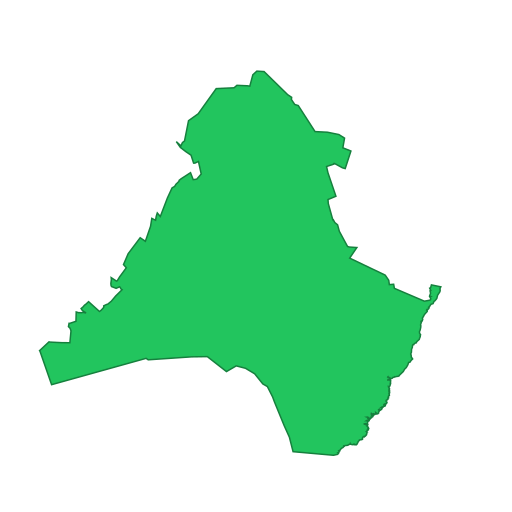 Arriaga, Chiapas, Mexico, rotated 284°
{"feature_id": "50627088B65202645179540", "entity_name": "Arriaga", "entity_type": "district", "adm_level": 2, "iso_a3": "MEX", "parent_name": "Mexico", "parent_adm1": "Chiapas", "projection": "natural_earth1", "projection_center": [-94.031, 16.255], "detail": "fine", "context": "isolated", "style": "filled", "palette": "green", "viewbox_px": 512, "rotation_deg": 284, "n_neighbors": 0, "source": "geoboundaries", "source_scale": "gbopen_adm2", "svg_char_len": 6104}
<svg xmlns="http://www.w3.org/2000/svg" viewBox="0 0 512 512"><g transform="rotate(284 256 256)"><path d="M391.0,283.2L412.2,260.6L412.4,256.9L416.4,252.5L418.6,252.2L420.2,247.7L436.9,219.2L435.6,212.1L431.1,209.1L419.3,208.9L419.1,206.6L417.0,196.2L413.9,194.0L408.8,176.9L380.0,165.5L371.0,157.8L350.3,158.8L348.3,157.2L344.7,156.5L347.7,151.0L343.0,156.4L340.3,162.6L338.1,168.6L331.0,173.0L331.3,174.2L333.8,177.3L322.3,183.0L316.2,179.9L314.9,176.6L321.0,172.3L313.0,164.8L310.8,163.1L309.8,163.2L306.3,161.0L303.8,160.2L301.8,158.1L290.9,156.0L271.2,153.6L273.9,149.8L270.4,149.6L266.4,149.9L267.3,145.8L259.3,146.5L243.5,145.1L245.7,139.2L227.3,131.4L215.6,129.5L213.2,133.0L202.7,128.7L198.5,127.4L197.9,126.7L200.0,120.7L197.9,121.4L194.3,121.8L192.5,122.4L191.4,123.2L190.8,128.1L193.1,131.1L192.7,131.8L191.3,133.0L190.9,134.2L183.2,129.5L177.2,126.6L173.4,123.8L172.8,122.7L170.8,120.3L169.8,120.7L168.7,120.4L165.8,118.8L164.3,117.5L171.2,104.6L168.1,102.6L166.8,101.5L164.6,100.4L162.7,99.0L161.2,100.6L159.6,104.9L159.4,101.7L158.6,100.1L158.5,98.9L158.1,97.7L158.2,95.1L149.1,97.1L145.6,91.6L145.5,90.9L142.1,91.1L140.9,93.1L138.6,94.6L126.8,96.4L124.9,88.4L122.7,77.3L122.6,75.9L111.8,68.9L111.4,69.4L81.7,88.8L130.1,174.1L129.2,176.5L142.6,218.0L146.6,233.1L136.7,255.3L144.6,263.4L144.5,273.0L141.4,283.2L133.5,293.6L132.1,298.6L123.3,306.2L118.9,309.2L98.2,324.4L88.3,332.2L75.1,339.3L81.4,379.4L83.3,383.2L84.9,383.9L85.1,383.4L85.3,383.9L86.4,383.8L87.0,384.3L87.3,383.7L87.6,384.3L90.0,385.4L91.2,386.7L92.1,387.2L92.4,387.1L92.6,387.5L93.0,387.3L93.1,387.8L93.5,388.1L94.6,391.0L95.3,391.3L96.0,392.7L96.8,392.8L96.3,393.2L96.2,394.7L96.4,395.9L96.9,396.3L96.8,397.0L97.2,396.9L96.9,398.4L97.1,399.0L97.4,399.0L97.5,399.3L98.0,399.6L98.8,399.6L99.5,400.0L100.6,400.0L102.2,401.0L102.6,400.9L103.4,403.1L104.0,403.7L104.3,403.7L104.5,403.3L106.0,403.4L106.6,404.1L106.5,404.7L107.1,405.1L107.3,404.9L107.6,405.6L109.1,406.4L109.2,406.2L110.4,406.5L111.8,406.2L112.0,406.4L112.1,406.1L112.4,406.0L112.4,405.6L113.2,406.1L113.6,406.1L113.9,405.7L113.8,405.3L114.0,406.2L113.8,406.4L114.5,407.1L115.1,407.0L115.1,406.7L115.7,406.9L115.7,406.3L116.0,406.1L116.3,406.6L116.4,406.4L116.8,406.4L118.1,405.0L118.5,405.1L118.3,404.8L119.0,404.9L119.0,404.4L119.5,404.1L119.4,403.6L118.9,403.3L119.0,402.8L119.2,403.2L119.6,403.4L119.3,402.8L119.5,402.3L119.2,402.0L119.4,401.8L119.7,402.4L119.5,402.9L119.9,403.2L119.6,403.9L119.6,404.9L120.5,404.8L120.9,404.5L122.1,404.6L122.5,404.3L122.7,403.7L123.1,403.5L123.0,403.1L123.3,403.4L123.3,404.0L123.1,404.2L122.8,404.2L122.8,404.8L123.5,405.6L124.7,405.6L125.2,406.0L125.4,405.8L125.3,405.5L124.7,404.9L125.0,404.9L125.2,403.8L126.3,404.0L126.5,402.6L126.7,403.1L126.5,403.7L126.6,404.3L125.7,404.9L125.9,405.5L125.8,406.2L126.6,406.8L127.0,406.7L126.9,406.9L127.1,407.3L128.2,407.8L128.7,407.2L128.8,407.5L129.1,407.4L129.3,407.0L130.4,406.9L130.5,406.0L131.1,406.0L130.3,407.2L129.6,407.0L129.6,407.6L129.0,408.3L129.9,408.5L130.7,409.3L130.8,408.5L131.2,407.7L131.5,408.3L131.3,408.9L131.1,408.7L130.9,408.9L131.1,409.8L131.4,409.9L131.6,409.4L131.7,410.4L132.0,410.5L132.3,410.8L132.6,410.7L132.4,410.2L133.0,410.0L132.5,410.9L132.0,410.8L131.8,411.1L132.4,412.4L132.9,412.6L133.4,413.0L133.8,412.8L134.5,412.8L136.0,413.4L136.0,412.9L136.4,412.9L136.3,412.4L136.6,412.1L137.1,412.5L136.6,412.4L136.6,412.7L137.1,412.9L136.8,413.2L136.2,413.1L136.1,413.6L137.3,414.7L138.0,414.6L138.7,415.2L139.5,415.3L139.5,415.0L139.3,415.0L139.6,414.8L139.5,414.3L140.2,414.9L139.9,415.5L140.1,415.9L140.9,416.3L141.6,417.5L142.2,417.7L142.9,417.5L143.4,417.1L143.2,416.4L142.5,416.1L143.4,415.8L143.1,416.0L143.5,416.8L143.9,417.1L143.9,417.3L143.5,417.5L143.6,417.8L145.3,418.6L145.9,418.4L146.1,417.6L146.8,417.2L147.8,417.4L147.9,417.9L148.6,418.5L148.8,418.2L148.9,417.7L149.0,418.5L150.0,418.5L150.2,418.8L150.4,418.7L150.5,417.7L150.6,418.9L151.0,418.8L151.1,418.5L152.0,418.4L152.8,419.1L153.1,418.8L153.4,419.0L154.0,418.8L154.5,418.3L155.0,418.7L156.0,418.7L156.4,418.5L156.3,417.9L156.7,417.8L157.1,417.7L156.7,418.1L157.2,418.3L157.9,418.1L158.1,417.8L159.7,417.6L160.4,416.6L160.9,416.9L161.4,416.7L161.6,416.3L161.9,417.2L163.2,417.4L163.7,417.3L164.6,417.5L164.8,417.1L165.8,417.2L166.4,416.8L167.4,417.0L168.0,416.5L167.9,415.7L168.1,415.5L167.8,415.1L168.0,414.7L167.6,414.0L168.1,413.9L168.4,414.9L168.4,415.6L168.6,416.2L168.9,416.3L168.9,416.1L169.7,415.4L170.2,414.4L170.3,413.1L170.5,413.1L170.8,413.3L170.5,413.5L170.4,414.4L170.0,415.8L169.7,416.0L169.6,416.6L170.3,417.7L171.2,418.1L171.7,419.3L172.4,419.6L172.4,420.3L173.3,421.9L173.5,422.8L174.5,424.0L175.0,424.0L179.6,426.9L182.0,427.5L184.1,428.8L187.3,429.7L189.6,429.8L189.8,430.4L190.4,431.2L192.1,431.7L194.0,432.9L194.7,432.3L195.0,431.4L197.6,430.4L198.3,429.8L200.2,430.1L203.2,429.5L205.1,429.8L207.4,429.5L207.9,429.7L208.1,430.5L208.8,430.6L210.3,431.8L210.4,432.3L210.6,432.6L211.6,432.6L214.6,434.6L215.6,434.6L217.5,434.9L218.8,434.5L219.3,434.8L219.6,434.6L220.6,433.4L222.1,432.9L224.0,433.2L226.6,433.1L228.3,432.8L228.5,432.5L229.4,432.3L231.7,432.5L232.1,432.0L232.6,431.9L232.9,432.2L232.9,432.8L233.4,433.0L234.8,433.1L235.9,432.5L236.6,432.6L237.6,433.1L239.0,433.3L240.8,434.0L243.5,435.5L244.3,435.5L244.7,434.6L245.5,434.8L245.9,435.8L246.9,436.4L247.5,436.4L247.5,436.0L248.0,435.8L249.0,436.7L249.9,436.8L251.6,437.6L252.6,439.3L255.0,439.7L255.9,440.5L258.5,441.7L261.9,441.7L265.5,443.0L266.8,443.1L269.0,442.4L270.8,442.8L270.4,433.2L267.5,433.1L266.8,432.3L264.8,434.0L264.3,433.3L262.1,434.4L259.2,434.1L259.0,435.5L258.6,435.0L258.0,435.1L258.0,434.9L256.9,435.9L256.0,435.9L255.2,435.4L252.9,430.3L258.1,398.1L261.9,396.4L260.5,392.3L264.5,390.7L268.7,386.0L276.6,347.4L288.6,351.8L287.3,344.5L287.4,342.5L300.1,330.9L306.0,327.6L307.5,324.4L309.7,322.4L309.4,322.2L309.8,321.7L324.3,313.5L328.2,312.2L333.3,319.1L354.3,305.6L359.9,302.8L364.2,309.6L364.6,309.3L364.8,309.7L362.5,318.5L362.4,321.4L380.8,322.7L382.0,314.1L391.8,313.4L393.9,307.0L393.4,295.4L391.0,283.2Z" fill="#22c55e" stroke="#15803d" stroke-width="1.5"/></g></svg>